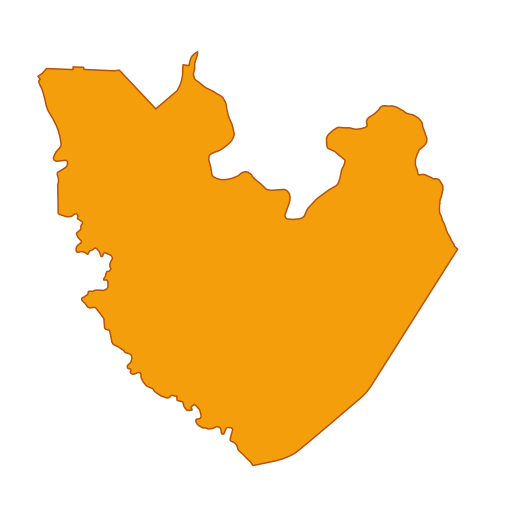 Moonee Valley, Victoria, Australia (Robinson projection), rotated 175°
{"feature_id": "25037944B9436355571028", "entity_name": "Moonee Valley", "entity_type": "district", "adm_level": 2, "iso_a3": "AUS", "parent_name": "Australia", "parent_adm1": "Victoria", "projection": "robinson", "projection_center": [144.901, -37.749], "detail": "fine", "context": "isolated", "style": "filled", "palette": "amber", "viewbox_px": 512, "rotation_deg": 175, "n_neighbors": 0, "source": "geoboundaries", "source_scale": "gbopen_adm2", "svg_char_len": 6058}
<svg xmlns="http://www.w3.org/2000/svg" viewBox="0 0 512 512"><g transform="rotate(175 256 256)"><path d="M76.9,363.8L78.5,369.7L78.9,373.9L79.2,374.7L80.6,377.2L82.4,379.4L85.2,381.5L87.7,383.1L91.7,384.2L93.9,385.4L94.8,386.0L96.6,387.8L97.5,388.2L101.4,391.1L104.3,392.6L107.4,393.7L110.6,393.7L113.6,394.3L116.6,394.5L117.7,394.2L119.2,393.3L120.0,392.4L120.4,391.6L124.0,388.5L126.3,386.9L131.4,384.3L133.2,382.7L134.2,380.8L134.2,379.5L133.9,376.9L134.0,376.3L134.7,375.2L135.8,374.6L140.2,373.7L144.8,373.5L147.1,373.9L151.5,375.5L156.7,376.0L162.5,377.0L164.5,376.5L167.8,374.8L173.0,371.0L174.4,369.3L175.3,367.7L175.6,366.0L175.9,361.9L175.5,357.9L175.2,357.3L174.8,356.9L168.3,353.2L164.4,349.0L161.9,346.8L159.5,344.3L159.2,344.0L159.1,342.8L159.2,341.8L159.9,340.1L160.9,338.0L162.4,335.9L163.6,333.0L165.6,326.2L167.5,321.8L168.7,320.1L170.3,318.9L177.1,315.8L190.3,307.8L200.1,299.0L201.3,297.3L204.1,292.1L205.0,291.0L206.3,290.2L207.9,289.6L210.5,289.2L215.7,289.2L221.1,290.0L221.7,290.2L223.1,291.5L223.6,293.1L223.6,294.3L218.2,306.1L217.4,308.5L217.0,311.1L217.0,312.8L217.4,315.1L218.3,316.8L219.7,318.6L222.2,319.9L235.1,320.1L238.6,321.0L240.0,321.7L244.7,327.1L249.9,332.2L252.4,335.2L253.3,337.0L254.4,338.4L256.8,340.1L258.0,340.6L259.6,340.9L262.5,340.3L264.1,339.4L266.7,337.5L272.0,335.7L277.1,334.9L281.3,334.8L285.0,335.3L288.6,336.8L291.0,338.2L291.9,339.1L292.5,340.0L292.8,341.1L293.4,348.4L294.7,355.8L294.3,358.7L293.9,359.7L293.2,360.6L291.0,362.0L287.5,363.2L283.9,364.1L280.3,365.7L274.8,369.1L271.3,372.0L269.6,373.9L267.7,377.2L267.2,378.5L267.1,379.5L267.8,385.5L268.5,389.5L270.4,394.8L271.4,398.7L272.2,404.3L272.7,410.5L273.5,413.0L275.1,416.4L276.8,418.4L280.6,420.9L284.2,423.7L291.4,428.0L294.0,430.3L297.3,433.7L300.6,436.4L301.9,438.2L302.5,442.0L302.3,443.6L300.9,447.2L300.3,453.0L299.9,454.3L297.0,461.2L296.5,463.2L296.5,464.5L300.0,462.6L302.0,460.9L303.1,459.7L305.0,455.5L306.1,451.6L312.0,452.8L312.5,450.0L313.3,443.2L314.6,438.0L316.8,432.9L320.1,427.6L343.0,411.3L376.0,453.1L380.9,452.8L411.0,456.8L411.4,459.0L421.7,460.3L422.1,457.7L422.5,457.7L448.2,461.0L453.0,456.6L457.5,454.0L455.6,450.8L456.8,449.9L457.1,449.0L457.1,447.9L456.7,446.1L454.4,440.1L452.9,432.1L451.8,423.7L450.5,418.9L446.2,410.0L443.4,402.9L441.9,397.5L441.0,392.3L440.3,384.4L440.7,382.7L441.6,381.4L446.3,376.9L448.9,372.4L449.2,371.6L449.3,370.7L448.6,369.0L447.2,368.0L446.2,367.8L437.1,367.9L436.0,367.1L435.5,365.8L436.1,363.0L436.5,362.1L437.3,361.3L439.4,360.0L445.9,356.9L446.6,356.1L446.8,355.5L446.9,354.8L446.1,350.1L446.4,346.4L447.3,344.5L447.4,343.4L448.6,325.3L449.3,316.9L449.2,315.6L448.3,314.6L441.7,311.8L440.7,311.5L436.9,311.5L435.8,311.9L432.7,313.8L431.3,313.7L430.7,313.3L430.0,312.2L430.0,310.9L430.5,309.8L430.5,308.6L426.7,305.7L426.0,304.9L425.9,304.2L426.0,303.5L427.4,302.0L427.8,301.3L428.1,298.6L428.5,297.7L429.2,297.0L432.3,294.9L432.7,294.3L432.8,293.1L431.9,290.6L430.9,288.9L428.9,286.6L428.7,285.6L429.1,284.4L432.4,282.4L434.0,280.7L434.4,279.6L434.8,277.0L434.1,275.7L433.4,275.2L432.9,275.2L429.8,275.6L427.7,275.2L425.3,273.9L424.2,272.7L423.6,272.5L422.8,272.9L422.2,274.3L421.3,275.5L418.3,276.4L415.9,277.9L415.5,278.0L414.1,277.2L412.0,274.3L411.3,272.8L410.5,269.1L409.6,268.8L408.9,269.1L407.6,271.8L406.9,272.5L406.5,272.6L400.9,269.6L399.9,268.5L399.2,266.6L399.5,265.4L400.8,263.9L402.4,260.5L402.4,258.2L401.7,256.4L402.1,255.2L403.1,254.0L403.5,253.7L405.9,253.5L407.2,251.2L408.0,248.5L409.8,246.5L409.7,245.5L409.5,245.2L407.7,245.2L406.8,244.9L406.2,244.5L405.9,243.8L405.8,242.4L406.2,238.6L406.4,237.7L407.0,236.8L408.0,236.0L410.7,235.0L416.6,235.9L419.9,235.8L421.8,235.0L425.3,235.5L425.9,235.2L426.3,234.7L426.8,232.7L427.1,232.2L429.7,231.0L430.1,230.3L432.4,229.7L433.1,229.2L433.4,228.2L433.4,227.5L432.8,226.4L430.1,223.2L428.1,219.8L427.5,219.4L426.2,218.8L421.5,218.9L420.3,218.4L419.8,217.8L413.7,208.1L413.1,207.0L413.0,206.1L413.1,197.7L412.4,196.2L408.7,194.9L408.3,194.3L407.0,182.7L405.7,180.2L400.9,177.4L397.2,174.2L396.1,173.6L395.0,171.6L394.1,171.0L390.0,169.3L388.9,167.8L388.5,166.3L388.5,165.0L389.9,161.1L391.1,159.9L392.3,159.3L393.2,158.5L393.7,157.7L393.8,156.9L393.8,155.8L392.9,154.9L391.7,154.7L390.9,154.2L390.6,153.6L390.5,153.1L391.4,151.2L390.6,149.8L389.3,149.0L388.2,149.0L386.2,149.3L384.2,150.2L383.2,150.2L382.1,149.9L381.3,149.3L380.8,148.3L381.1,146.4L380.9,144.4L379.6,140.9L376.7,136.6L375.7,135.6L371.4,133.4L370.1,132.5L368.8,129.8L362.8,124.9L357.3,122.4L355.4,122.3L354.1,123.0L353.2,124.2L351.7,124.6L348.9,123.5L347.3,123.3L347.1,122.4L347.3,119.5L346.9,119.0L345.6,118.4L342.5,117.5L341.8,116.7L341.3,115.5L341.1,113.2L340.2,111.1L338.2,108.3L335.2,107.8L333.1,108.3L333.0,108.7L333.9,110.1L334.0,110.7L333.4,111.5L332.6,112.2L330.6,113.5L330.2,113.4L328.9,112.2L325.7,108.0L325.0,104.8L324.6,101.3L324.8,100.4L325.8,99.3L326.7,98.8L329.6,98.6L330.2,97.8L330.3,96.2L329.1,93.5L328.5,92.6L324.9,89.9L323.7,89.4L321.4,89.1L318.6,87.9L315.5,87.8L313.8,88.1L310.7,89.2L309.8,89.4L308.9,89.2L307.2,88.4L306.3,87.4L306.0,86.2L306.0,83.4L305.7,82.1L305.4,81.7L304.6,81.5L303.8,81.4L303.4,81.8L301.7,85.2L300.6,86.9L299.8,87.6L299.3,87.7L296.0,87.1L294.8,86.3L294.4,85.1L297.6,76.2L297.7,74.6L297.1,73.8L295.1,72.7L293.3,71.4L292.3,70.1L291.4,68.3L290.9,65.3L290.1,63.6L286.3,59.6L282.9,55.2L279.6,51.6L277.3,47.5L254.3,50.2L246.7,51.7L239.4,54.0L234.4,56.2L228.0,60.3L200.0,79.9L162.0,107.0L158.2,110.3L153.3,115.7L54.5,245.3L57.2,248.2L57.6,248.9L57.8,250.4L60.1,254.7L61.1,257.7L63.0,261.9L64.1,264.9L64.5,267.3L65.9,272.3L67.1,275.0L68.1,279.9L69.3,282.8L69.2,286.4L68.7,290.8L68.2,292.2L68.1,294.4L67.8,295.4L65.9,299.9L64.0,306.0L63.7,308.8L64.0,310.3L66.3,314.9L66.9,315.8L68.2,316.9L70.1,317.3L71.8,317.3L72.8,317.5L75.0,319.1L80.7,322.3L83.1,322.8L86.4,322.5L87.3,323.1L87.6,323.7L87.6,326.3L88.9,331.0L89.2,333.2L89.0,336.6L88.6,338.7L86.2,343.9L84.5,346.9L84.1,347.5L79.0,351.2L77.3,352.8L76.2,354.6L75.7,356.6L75.6,359.1L76.6,362.1L76.9,363.8Z" fill="#f59e0b" stroke="#b45309" stroke-width="1.5"/></g></svg>